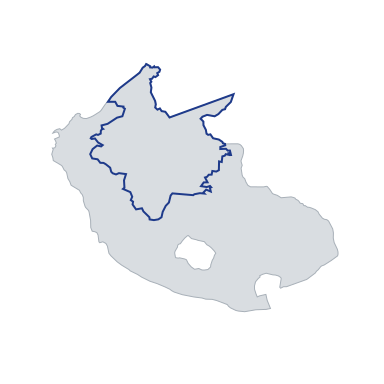 South Africa, with Northern Cape highlighted, rotated 70°
{"feature_id": "ZAF-1188", "entity_name": "Northern Cape", "entity_type": "Province", "adm_level": 1, "iso_a3": "ZAF", "parent_name": "South Africa", "parent_adm1": "", "projection": "mercator", "projection_center": [20.625, -28.845], "detail": "medium", "context": "in_parent", "style": "outline", "palette": "blue", "viewbox_px": 384, "rotation_deg": 70, "n_neighbors": 0, "source": "natural_earth", "source_scale": "10m", "svg_char_len": 5483}
<svg xmlns="http://www.w3.org/2000/svg" viewBox="0 0 384 384"><g transform="rotate(70 192 192)"><path d="M266.0,73.6L274.8,72.4L278.8,73.1L283.6,75.0L288.1,75.7L295.6,75.0L298.2,75.3L300.3,76.0L301.8,77.0L304.0,84.6L305.8,92.8L305.8,95.4L306.1,96.5L308.2,99.9L309.0,102.1L310.3,103.9L313.0,112.7L313.4,114.2L313.3,135.6L312.3,138.3L312.7,141.6L311.5,142.1L303.9,137.8L302.6,137.9L300.4,139.5L298.5,142.1L297.6,144.2L293.7,150.1L293.5,153.8L293.8,157.0L295.1,157.1L296.0,159.4L298.1,163.0L301.6,165.4L304.8,166.5L309.3,166.7L312.9,166.6L312.7,164.2L313.5,157.6L319.4,158.4L328.3,158.1L327.7,162.4L324.5,172.3L322.5,183.4L319.8,189.0L318.3,191.3L314.0,195.5L311.8,196.8L309.9,197.3L302.6,205.7L299.8,209.7L297.4,215.7L295.0,218.9L291.4,225.9L285.2,236.2L279.9,243.0L277.6,245.0L276.0,245.9L271.9,249.9L266.0,256.3L261.5,262.0L254.7,268.5L250.8,271.4L245.0,277.0L243.3,277.8L236.7,283.1L232.0,286.2L224.3,290.0L221.2,291.0L213.9,290.0L210.9,290.5L208.3,292.8L208.1,296.0L207.0,296.5L200.3,295.0L197.6,295.3L196.0,297.0L194.7,299.2L190.8,299.3L184.0,297.0L175.9,295.6L174.1,295.5L170.2,297.2L168.8,297.4L163.1,297.1L160.0,296.0L157.0,296.0L154.7,296.9L151.9,297.2L144.3,303.3L140.4,303.3L137.0,304.0L131.0,303.2L129.3,303.5L127.5,304.6L123.4,305.1L121.8,306.0L115.0,311.6L112.1,311.0L108.6,310.9L104.5,307.9L103.0,308.1L103.4,307.2L103.5,305.7L102.1,304.1L100.5,304.2L99.7,302.8L97.2,302.7L95.2,303.1L94.9,298.0L93.9,297.4L91.5,297.3L90.3,297.5L89.8,298.0L89.1,299.2L89.1,302.7L88.3,301.7L87.3,299.6L87.0,297.3L87.3,294.6L89.2,293.5L88.6,290.1L85.8,284.3L84.1,283.0L82.7,280.0L81.3,278.9L80.8,276.8L79.4,275.1L79.0,272.5L79.7,271.0L80.9,270.2L82.1,271.5L83.5,271.0L85.6,269.0L86.9,266.1L86.9,261.5L86.6,258.6L85.0,251.2L84.2,249.5L80.4,244.2L76.1,237.2L70.6,226.1L68.0,219.5L64.1,206.2L60.6,198.7L56.3,191.7L55.7,191.3L56.4,190.4L58.7,188.8L59.7,188.4L60.3,188.6L60.8,188.1L61.4,187.1L61.7,184.6L62.8,182.0L63.8,180.9L65.8,180.2L67.4,181.2L68.0,182.1L68.3,183.4L69.0,184.0L70.1,183.9L70.8,184.7L71.3,186.3L71.2,187.4L70.6,188.1L70.6,189.1L71.4,190.2L72.3,192.8L76.5,194.1L78.8,194.3L81.1,194.9L83.2,196.1L86.6,196.4L91.4,195.8L95.4,196.0L98.5,197.1L100.7,197.3L102.1,196.6L102.7,195.6L102.5,194.3L103.2,193.5L104.8,193.1L106.0,192.1L107.0,190.5L109.2,189.1L112.6,188.1L114.3,188.1L114.3,120.0L120.3,124.6L121.8,126.7L124.7,133.1L127.8,140.9L128.3,144.6L128.1,145.5L125.0,150.6L124.9,153.2L125.3,156.2L126.0,157.6L126.9,158.1L129.1,157.4L132.4,158.2L138.7,157.8L141.9,158.2L142.7,158.0L143.4,157.4L144.3,155.6L145.0,155.0L148.0,154.2L149.3,153.2L151.4,149.6L157.7,144.9L158.4,143.7L162.4,132.4L163.6,130.8L165.3,129.8L168.8,128.9L170.8,129.4L173.0,130.4L175.5,132.0L179.2,135.1L180.4,135.5L184.1,135.7L186.4,137.7L193.3,139.1L195.4,139.0L197.5,137.9L201.1,137.9L204.9,137.2L207.2,135.2L211.7,122.9L212.1,120.2L212.6,119.4L216.3,118.0L220.7,117.0L221.6,116.4L224.3,113.0L227.9,110.2L230.5,100.5L232.1,98.2L233.1,97.2L233.8,97.2L234.7,96.6L235.9,95.4L237.3,94.7L239.0,94.4L240.0,93.6L240.5,92.3L241.4,91.7L242.6,91.7L243.3,91.3L243.4,90.4L246.1,88.4L246.2,87.5L247.7,85.5L250.7,82.2L253.6,80.4L256.3,80.1L261.2,78.4L262.9,76.9L264.1,74.8L266.0,73.6ZM257.8,220.0L262.2,218.3L265.5,216.0L266.2,211.8L268.7,209.3L269.6,206.9L270.3,203.6L268.8,200.2L266.8,199.2L263.1,196.3L261.5,194.3L259.2,192.6L257.6,190.6L255.1,191.2L251.1,192.9L248.7,194.3L246.6,196.1L242.9,197.4L239.4,203.0L238.3,204.3L235.6,208.4L231.6,210.4L231.5,211.1L232.8,214.5L234.7,217.9L236.6,220.6L236.5,222.3L237.1,223.6L238.8,224.5L241.7,228.0L243.2,229.1L247.6,229.9L248.2,229.7L249.4,227.6L249.6,226.2L252.5,221.7L253.8,220.4L257.8,220.0Z" fill="#d9dde1" stroke="#a8b0b8" stroke-width="1"/><path d="M66.1,180.1L67.9,181.5L68.4,184.0L70.6,183.9L71.5,187.1L70.3,188.5L71.9,190.8L71.6,192.9L74.5,192.5L75.3,194.0L80.0,194.4L84.2,196.6L93.8,195.5L97.3,196.0L100.0,197.7L102.8,196.3L102.5,193.6L105.6,192.9L107.5,189.6L114.3,187.6L114.3,119.5L120.7,124.7L123.6,131.1L125.5,132.6L125.2,135.4L127.8,140.5L128.6,144.8L124.7,151.5L124.8,156.4L126.1,158.9L129.7,157.2L133.2,158.4L138.3,157.7L142.2,158.4L143.8,157.3L144.1,155.0L148.7,153.8L151.9,148.8L155.3,146.3L156.8,146.3L158.1,144.5L159.5,144.8L159.4,150.0L161.3,150.7L163.0,145.3L165.3,144.3L166.0,142.2L170.6,142.7L170.2,143.9L168.2,143.5L168.0,144.6L169.4,145.1L168.0,147.4L169.1,148.8L168.9,151.3L174.0,153.8L172.5,156.1L180.7,159.3L181.1,162.2L179.2,165.7L182.4,167.6L181.5,170.4L182.9,172.7L182.8,174.8L188.2,174.1L187.0,177.7L189.6,181.5L192.4,176.4L192.5,173.0L194.1,172.4L194.0,173.7L198.0,174.2L194.6,177.9L196.4,181.5L197.7,180.9L195.8,185.0L194.9,190.6L195.4,191.9L186.6,210.9L188.0,213.3L194.0,217.3L196.0,221.4L200.6,226.3L205.3,229.3L206.2,233.0L205.4,237.4L203.3,241.2L201.1,240.7L193.6,244.3L190.2,244.6L189.2,250.5L183.4,252.1L180.9,250.7L178.7,252.3L176.0,249.8L171.0,250.0L165.5,255.8L164.8,254.0L157.8,251.9L152.6,247.9L149.3,254.2L149.5,257.4L147.3,260.1L145.3,261.0L141.2,260.6L136.3,263.6L134.4,265.2L133.2,268.2L129.0,269.5L126.3,274.3L121.6,274.7L117.7,270.7L115.9,265.2L118.1,261.8L117.4,259.9L113.4,263.3L108.5,264.9L107.9,268.1L106.9,268.8L105.9,267.7L105.1,262.3L106.2,260.8L105.9,257.8L103.4,256.8L102.2,255.3L102.3,254.0L101.1,254.7L98.5,254.2L99.1,248.0L96.5,237.0L97.0,231.5L90.8,226.6L89.2,227.7L88.3,227.2L85.6,232.6L81.0,233.3L78.5,240.1L75.1,235.5L69.6,224.2L62.0,200.4L58.3,195.8L57.6,193.1L56.1,191.3L59.5,188.3L60.6,188.7L61.6,186.5L61.0,184.6L62.0,184.6L63.1,181.2L66.1,180.1Z" fill="none" stroke="#1e3a8a" stroke-width="2"/></g></svg>